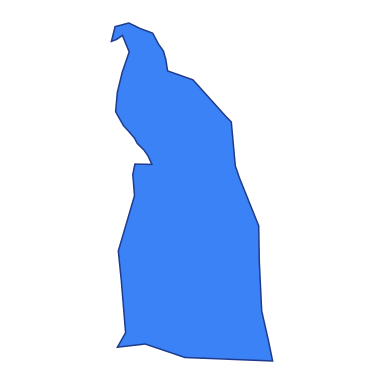 the district of Onna, Akwa Ibom, Nigeria
{"feature_id": "59680162B70948216254513", "entity_name": "Onna", "entity_type": "district", "adm_level": 2, "iso_a3": "NGA", "parent_name": "Nigeria", "parent_adm1": "Akwa Ibom", "projection": "equal_earth", "projection_center": [7.835, 4.644], "detail": "fine", "context": "isolated", "style": "filled", "palette": "blue", "viewbox_px": 384, "rotation_deg": 0, "n_neighbors": 0, "source": "geoboundaries", "source_scale": "gbopen_adm2", "svg_char_len": 655}
<svg xmlns="http://www.w3.org/2000/svg" viewBox="0 0 384 384"><path d="M272.6,361.0L268.8,342.3L261.7,311.0L259.3,261.5L258.7,225.8L245.8,193.7L239.5,178.1L235.3,165.9L231.3,122.0L225.9,116.5L193.0,79.9L167.6,70.9L165.7,58.8L164.9,56.4L163.5,51.2L158.6,44.3L152.7,33.2L140.1,28.5L128.8,23.0L115.1,26.6L111.4,41.4L116.7,39.4L122.4,35.4L129.2,51.9L123.1,69.7L122.3,71.9L117.3,92.5L115.6,111.7L123.5,125.7L127.6,130.1L134.4,138.0L137.3,143.5L144.1,150.2L148.0,155.8L151.9,164.4L134.9,164.1L132.8,174.5L134.5,195.8L118.3,251.0L121.3,280.6L125.6,332.7L117.4,347.2L145.1,344.0L184.9,357.5L272.6,361.0Z" fill="#3b82f6" stroke="#1e3a8a" stroke-width="1.5"/></svg>